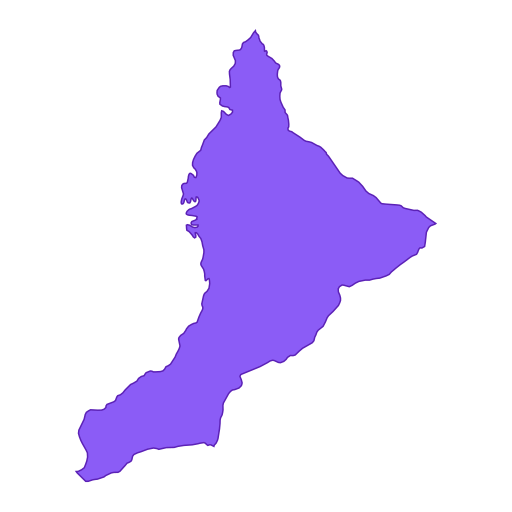 outline of Güepsa, Santander, Colombia
{"feature_id": "7082276B24684560150215", "entity_name": "Güepsa", "entity_type": "district", "adm_level": 2, "iso_a3": "COL", "parent_name": "Colombia", "parent_adm1": "Santander", "projection": "natural_earth1", "projection_center": [-73.583, 6.036], "detail": "fine", "context": "isolated", "style": "filled", "palette": "violet", "viewbox_px": 512, "rotation_deg": 0, "n_neighbors": 0, "source": "geoboundaries", "source_scale": "gbopen_adm2", "svg_char_len": 6008}
<svg xmlns="http://www.w3.org/2000/svg" viewBox="0 0 512 512"><path d="M435.8,223.5L426.3,217.0L425.0,215.5L421.3,212.2L418.7,210.8L417.4,210.3L413.9,210.4L405.4,208.5L403.3,207.8L401.0,205.7L399.4,205.2L396.6,204.9L385.6,204.1L381.9,203.7L380.8,203.1L376.1,197.6L373.4,195.6L368.8,193.5L365.9,191.0L362.7,186.4L358.7,182.1L352.5,178.2L349.0,178.2L347.1,178.0L342.8,175.6L340.1,173.1L329.6,157.8L328.4,156.1L326.5,154.2L326.5,153.9L326.1,152.5L325.2,151.7L323.7,150.0L320.7,147.2L319.0,146.2L317.0,145.5L311.6,142.5L309.0,141.8L305.8,141.2L303.8,140.1L300.2,137.3L292.6,132.4L291.8,131.7L289.4,131.1L288.1,130.0L288.0,129.2L288.0,128.0L288.7,126.9L288.8,124.2L288.4,120.1L287.8,117.4L287.6,115.8L287.2,114.9L285.1,112.5L285.0,109.9L283.2,107.3L280.9,102.2L280.0,99.4L279.8,96.2L280.0,93.3L280.3,92.4L281.6,89.9L281.7,89.2L281.5,88.3L280.8,85.9L280.8,82.5L280.5,81.0L280.1,80.2L278.4,78.9L277.7,77.5L277.4,76.4L277.3,74.3L277.7,70.7L278.3,69.2L278.9,68.5L279.6,67.1L279.7,66.1L279.4,65.3L278.8,64.6L277.9,64.0L276.2,63.3L275.3,62.5L274.4,61.2L271.9,58.5L268.3,56.4L266.9,55.4L266.7,55.0L266.7,53.8L267.1,52.8L267.1,52.4L266.8,51.3L266.1,50.7L264.9,51.3L264.5,51.1L264.4,47.4L263.9,45.5L263.5,44.7L262.9,44.1L262.4,44.0L260.6,41.8L259.8,40.6L259.6,39.5L258.9,38.0L258.8,36.7L258.4,35.2L257.1,34.0L255.6,32.1L255.4,30.7L253.6,32.7L250.7,37.5L247.9,40.0L245.6,41.7L243.5,42.5L242.4,44.0L242.0,46.4L241.5,48.1L240.3,49.7L239.2,50.1L236.2,50.4L234.3,50.8L233.3,52.5L233.2,55.3L235.4,60.6L235.3,63.4L233.8,66.1L231.3,68.4L230.1,69.7L229.4,71.4L229.5,74.1L230.2,79.4L230.4,87.1L229.7,87.5L228.2,86.4L226.1,85.8L222.9,85.8L220.6,86.3L219.3,87.3L217.2,90.4L217.0,92.4L217.1,94.1L218.1,96.3L220.4,97.9L220.4,99.4L219.8,102.6L219.9,104.2L222.4,106.0L224.7,106.6L227.4,106.9L228.8,107.6L229.9,109.5L232.5,110.2L232.5,112.2L230.9,114.1L228.4,115.5L226.3,114.3L223.5,111.4L221.7,110.8L221.3,112.7L221.3,117.3L220.1,120.3L216.0,126.9L208.9,133.9L206.7,137.5L204.3,140.0L202.4,145.2L201.5,147.3L200.7,150.3L196.9,153.3L195.1,156.2L193.5,159.5L192.6,162.6L192.5,165.3L193.8,167.8L195.1,169.0L196.3,170.9L196.9,172.6L196.8,175.1L196.2,176.9L195.8,177.6L194.4,177.3L193.4,175.3L191.2,173.6L190.4,173.3L189.6,173.5L188.9,174.6L188.4,176.4L188.2,178.4L187.3,182.3L186.5,183.3L184.4,183.4L183.3,183.7L182.5,184.5L181.8,185.5L181.6,187.5L181.7,188.0L183.5,193.9L183.2,195.2L181.7,199.1L181.2,201.7L181.2,202.7L181.4,203.6L182.0,204.1L183.2,203.6L183.8,202.6L184.6,199.6L185.1,198.9L185.7,198.9L186.4,199.7L187.4,202.2L188.1,202.8L189.7,203.0L190.5,201.7L191.0,199.2L191.5,198.1L192.2,198.2L193.8,200.9L194.9,201.7L195.2,201.7L195.7,201.2L195.9,200.3L196.0,198.1L196.2,197.0L196.8,196.9L197.8,197.4L199.0,200.1L199.2,201.0L198.4,203.3L197.1,205.4L195.6,206.4L191.3,208.7L190.0,209.0L188.8,209.7L187.0,211.4L186.2,213.2L186.4,214.1L187.5,214.8L189.0,215.2L192.1,215.5L196.0,216.2L197.1,216.8L197.1,217.3L196.6,218.5L196.9,219.1L195.4,220.1L191.9,221.5L191.2,222.5L191.2,223.9L192.0,224.8L193.6,225.0L196.9,225.0L198.1,225.1L198.0,226.3L197.1,227.2L194.9,227.6L192.6,227.1L189.5,225.2L187.4,224.7L186.4,225.2L186.6,228.6L186.9,230.3L189.0,231.5L190.4,233.0L192.4,235.4L193.3,236.9L194.6,237.9L195.8,237.1L195.8,235.3L195.3,233.8L195.3,232.7L196.4,232.7L197.8,234.1L198.9,236.1L200.8,238.5L202.0,241.8L202.7,245.7L203.9,249.8L203.9,252.5L203.1,257.2L202.6,259.2L201.1,262.4L200.8,264.0L201.2,265.4L203.6,269.2L204.3,271.7L204.7,273.9L204.7,276.0L205.3,280.4L205.9,280.7L208.1,278.7L209.0,278.6L209.4,279.9L209.6,281.9L209.7,283.7L209.0,288.2L207.0,291.4L204.9,293.1L204.1,294.3L203.5,296.0L201.8,303.9L202.1,305.6L202.8,307.1L202.8,308.7L202.2,310.3L200.6,313.2L198.9,317.1L197.1,322.2L195.8,323.0L193.8,323.4L191.6,324.4L188.7,326.1L186.6,328.7L185.7,330.5L183.7,333.4L180.7,335.4L179.0,337.5L178.6,339.0L180.0,346.0L179.3,348.4L177.9,351.3L176.3,354.1L175.1,357.1L170.5,364.2L168.1,365.8L166.0,366.7L164.6,369.2L162.9,370.9L160.4,371.6L155.6,371.9L153.4,371.9L151.9,371.2L150.3,371.0L146.1,372.7L145.1,374.0L144.1,375.7L141.3,376.5L138.6,378.4L136.9,381.1L133.4,383.2L130.6,384.5L125.2,389.9L122.9,392.8L120.4,394.8L117.7,395.7L116.8,397.0L115.5,400.5L113.8,401.8L107.0,404.4L106.0,406.0L105.9,407.5L104.1,409.2L101.6,410.1L97.8,410.2L90.5,409.8L88.3,411.0L86.4,412.3L85.3,414.4L84.1,419.4L78.9,430.1L78.5,433.3L79.5,436.9L80.9,440.5L82.4,443.5L86.0,449.9L87.4,452.8L87.6,457.1L86.8,461.0L85.7,464.2L84.3,467.7L81.7,469.7L78.2,471.4L76.2,471.5L77.1,472.8L85.7,481.3L88.2,481.3L92.7,479.8L95.0,479.4L97.5,479.1L104.0,476.9L105.8,475.5L111.3,472.9L113.9,472.4L118.0,472.3L119.9,471.3L125.2,465.4L127.1,463.1L128.8,462.5L131.0,461.2L131.8,459.8L132.6,456.2L133.9,454.5L137.5,452.8L141.0,451.7L147.6,449.2L153.6,448.0L157.0,448.6L158.8,449.3L166.3,447.6L174.2,447.4L178.1,446.3L183.9,445.4L192.2,444.8L198.1,443.7L200.0,443.2L203.9,442.6L205.3,443.2L206.5,444.4L207.8,445.4L209.5,444.8L210.8,444.8L213.9,446.4L214.2,445.2L216.1,443.1L217.5,440.2L218.0,438.4L219.5,428.9L220.0,423.6L220.1,420.0L220.6,417.8L222.1,414.8L222.6,412.6L223.0,409.9L222.9,405.4L223.4,403.0L228.6,393.6L230.5,391.4L232.4,390.0L234.7,389.6L239.0,388.0L241.0,386.1L241.7,384.9L242.1,382.9L241.3,379.8L239.9,376.3L240.8,374.5L260.0,366.6L267.5,362.6L270.2,360.9L272.8,360.2L274.4,360.6L278.3,362.4L280.4,362.7L283.8,361.4L286.1,359.4L287.5,357.4L290.3,355.5L293.1,355.6L295.2,355.0L299.1,351.2L302.5,348.3L312.3,342.7L313.9,340.7L314.7,337.3L315.9,334.8L316.8,332.2L318.2,330.2L323.1,326.3L325.4,321.9L327.1,317.8L328.5,315.7L333.0,311.5L338.4,305.5L339.7,302.8L340.5,300.4L340.5,298.0L339.8,295.2L338.4,291.9L338.2,288.9L339.4,286.7L342.1,285.0L343.8,285.2L349.3,286.7L352.2,285.3L355.4,283.1L358.9,281.4L365.3,280.1L369.6,280.1L373.0,279.1L376.2,278.5L379.8,278.1L386.1,275.9L389.2,274.4L391.4,271.9L395.9,268.1L400.3,264.6L404.0,262.0L410.2,257.3L412.3,256.0L416.5,254.3L417.6,252.4L418.8,249.2L420.1,247.8L421.9,248.0L424.6,246.5L425.3,242.2L426.4,232.2L428.7,227.5L430.5,225.8L435.0,224.1L435.8,223.5Z" fill="#8b5cf6" stroke="#5b21b6" stroke-width="1.5"/></svg>